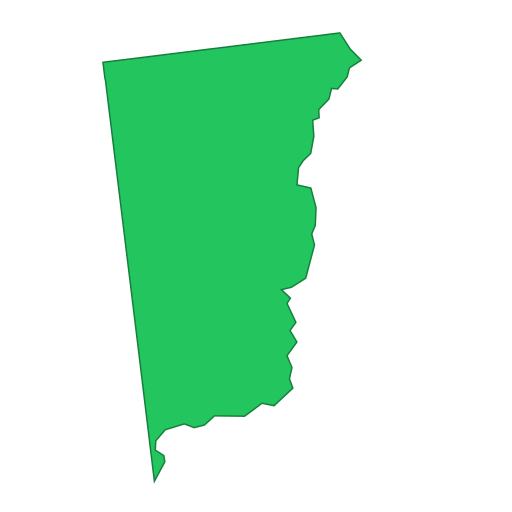 Ward, Texas, United States of America (Equal Earth projection), rotated 263°
{"feature_id": "52423323B69201645731080", "entity_name": "Ward", "entity_type": "district", "adm_level": 2, "iso_a3": "USA", "parent_name": "United States of America", "parent_adm1": "Texas", "projection": "equal_earth", "projection_center": [-103.189, 31.459], "detail": "fine", "context": "isolated", "style": "filled", "palette": "green", "viewbox_px": 512, "rotation_deg": 263, "n_neighbors": 0, "source": "geoboundaries", "source_scale": "gbopen_adm2", "svg_char_len": 773}
<svg xmlns="http://www.w3.org/2000/svg" viewBox="0 0 512 512"><g transform="rotate(263 256 256)"><path d="M451.1,127.7L448.6,128.0L186.6,127.9L44.8,127.7L62.8,140.4L69.1,140.2L75.6,132.4L84.8,134.0L94.6,144.7L98.1,164.4L93.2,173.7L94.5,184.2L102.4,195.3L98.4,225.2L109.1,244.0L105.2,255.7L120.4,276.5L129.9,274.2L140.9,278.1L153.3,274.6L165.6,286.1L177.9,280.7L185.3,287.5L205.1,281.0L210.0,285.0L219.5,277.1L220.6,287.2L227.9,302.6L259.8,315.4L271.1,314.0L279.2,318.6L296.8,321.5L316.8,318.7L321.6,305.3L338.6,309.1L345.0,314.6L351.2,322.8L367.8,328.0L383.9,328.8L385.5,335.5L393.7,336.1L402.9,347.5L413.1,351.4L411.8,357.5L422.6,368.3L431.4,371.7L437.5,384.3L449.8,374.8L467.2,366.4L466.9,127.7L451.1,127.7Z" fill="#22c55e" stroke="#15803d" stroke-width="1.5"/></g></svg>